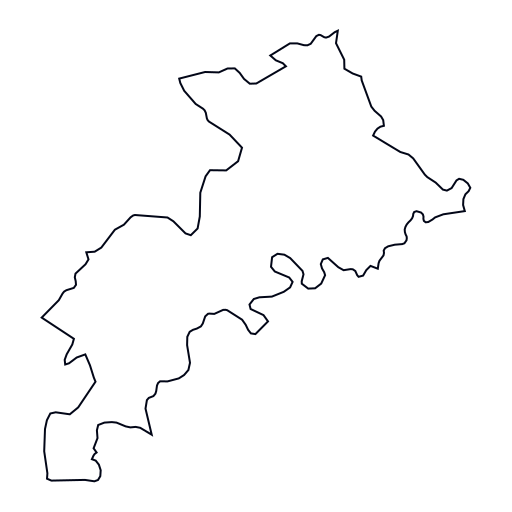 Haute-Garonne, Albers equal-area conic projection
{"feature_id": "FRA-5298", "entity_name": "Haute-Garonne", "entity_type": "Metropolitan department", "adm_level": 1, "iso_a3": "FRA", "parent_name": "France", "parent_adm1": "", "projection": "albers", "projection_center": [1.234, 43.301], "detail": "fine", "context": "isolated", "style": "outline", "palette": "ink", "viewbox_px": 512, "rotation_deg": 0, "n_neighbors": 0, "source": "natural_earth", "source_scale": "10m", "svg_char_len": 3128}
<svg xmlns="http://www.w3.org/2000/svg" viewBox="0 0 512 512"><path d="M130.4,427.4L125.7,426.4L116.5,422.6L111.8,422.1L104.4,422.6L98.2,425.0L96.9,430.3L97.5,438.1L93.6,448.3L96.6,452.5L94.6,454.0L93.5,455.6L91.9,459.2L95.7,460.6L98.9,464.7L100.7,470.3L100.3,476.1L99.8,477.0L98.0,480.0L94.4,481.3L84.9,479.9L51.4,480.6L47.0,478.7L47.4,473.3L44.2,451.3L45.0,429.0L46.9,420.2L50.3,413.5L55.7,412.3L69.8,414.3L78.2,407.4L95.5,381.7L93.8,377.5L90.0,365.4L85.3,354.4L76.7,357.5L69.0,363.3L65.2,364.5L64.7,359.8L66.7,354.3L72.3,344.5L73.9,338.8L41.7,317.6L58.8,300.2L62.6,293.5L64.1,291.6L66.4,290.2L73.8,287.9L76.0,284.8L75.7,281.2L74.8,277.3L75.5,273.6L85.5,264.3L88.5,259.4L86.3,252.3L94.7,251.7L101.3,247.6L114.9,229.7L123.9,224.7L130.6,217.3L133.1,215.5L134.9,215.0L167.5,217.5L173.4,221.3L185.5,233.4L190.8,235.2L197.6,228.5L199.8,216.5L200.3,192.7L205.6,176.3L210.0,170.2L226.2,170.4L238.1,161.2L242.0,147.7L229.6,134.6L209.0,121.6L207.7,120.2L206.9,118.5L205.8,112.8L204.6,110.3L203.0,108.7L195.7,104.0L184.2,90.8L180.3,83.0L179.2,78.6L205.1,72.0L218.8,72.4L227.5,68.5L234.8,68.4L239.7,72.9L244.0,78.9L249.8,83.7L256.3,83.5L285.9,66.3L282.8,63.2L275.8,60.3L270.3,55.5L289.9,43.4L297.3,43.4L304.0,45.2L307.4,45.3L310.7,43.8L316.3,36.1L318.9,34.8L320.6,35.1L324.2,37.2L326.0,37.6L329.0,36.6L334.7,32.2L337.8,30.7L336.0,43.2L344.2,59.7L344.4,68.7L352.7,73.5L361.2,76.6L361.7,80.4L371.3,106.6L374.6,110.8L381.1,116.5L383.2,120.1L383.9,125.8L380.4,126.7L377.5,128.6L375.0,131.6L373.1,135.6L400.3,152.0L408.5,154.5L413.2,158.4L424.8,174.6L427.3,177.1L435.7,182.6L442.9,189.6L446.9,190.6L451.6,188.1L456.5,180.4L459.1,178.8L463.3,179.8L467.8,183.4L470.3,187.8L468.6,191.2L465.4,194.3L463.4,199.1L463.1,205.0L464.8,211.1L443.3,214.3L435.1,217.4L432.5,219.5L428.3,222.0L425.7,222.3L423.9,220.9L423.4,218.9L423.5,216.6L422.9,214.4L421.0,212.5L416.5,211.2L414.2,212.0L413.3,213.8L413.0,216.1L412.1,218.3L410.5,220.4L408.5,222.3L406.7,224.5L405.4,227.0L404.7,229.5L404.9,232.1L405.6,234.4L406.6,236.4L406.8,238.1L406.5,240.3L404.4,243.3L402.2,244.1L394.8,244.7L388.2,246.3L385.0,248.2L383.7,250.6L384.0,252.9L383.5,255.4L379.5,260.7L378.6,263.2L377.8,268.7L370.5,265.9L366.3,270.1L363.1,275.6L358.6,276.8L357.2,275.2L355.3,271.0L352.8,269.3L350.6,269.1L343.6,270.2L338.3,267.2L327.9,257.9L322.8,259.4L320.8,264.1L322.0,268.4L324.2,272.2L325.1,275.2L321.2,283.6L315.1,288.3L308.2,288.6L301.8,283.7L301.7,281.3L303.5,274.3L302.5,270.9L290.2,258.1L284.4,254.7L277.5,253.8L272.1,257.2L271.0,266.8L274.8,271.5L289.2,277.5L292.6,281.9L290.1,287.4L283.8,291.8L271.9,296.6L259.4,297.3L253.8,299.0L249.5,304.5L250.6,309.0L263.5,315.1L268.0,321.4L255.4,334.1L250.9,333.4L248.1,329.8L245.7,324.8L242.1,319.7L227.2,310.2L225.5,309.8L223.1,309.9L214.3,313.9L209.4,313.6L208.0,313.8L205.2,316.4L202.8,323.5L200.9,326.4L196.8,328.6L193.0,329.8L189.7,331.8L187.3,336.8L187.1,345.1L190.0,362.8L188.4,370.0L184.1,375.0L178.8,378.4L167.5,381.4L160.1,381.3L158.1,383.0L157.0,385.5L156.2,391.1L155.4,393.7L153.4,396.1L148.8,397.9L146.9,400.1L145.5,408.6L151.7,434.7L140.2,427.8L135.6,426.9L130.4,427.4Z" fill="none" stroke="#020617" stroke-width="2"/></svg>